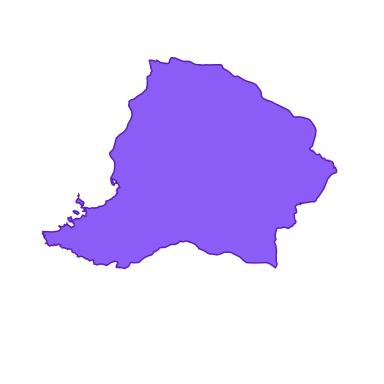 the district of Polewali Mandar, Sulawesi Barat, Indonesia, rotated 126°
{"feature_id": "22746128B50766380968306", "entity_name": "Polewali Mandar", "entity_type": "district", "adm_level": 2, "iso_a3": "IDN", "parent_name": "Indonesia", "parent_adm1": "Sulawesi Barat", "projection": "robinson", "projection_center": [119.26, -3.303], "detail": "fine", "context": "isolated", "style": "filled", "palette": "violet", "viewbox_px": 384, "rotation_deg": 126, "n_neighbors": 0, "source": "geoboundaries", "source_scale": "gbopen_adm2", "svg_char_len": 6021}
<svg xmlns="http://www.w3.org/2000/svg" viewBox="0 0 384 384"><g transform="rotate(126 192 192)"><path d="M110.7,303.9L113.1,300.9L116.2,297.8L117.2,295.9L117.8,295.5L119.4,295.6L121.7,294.5L123.3,294.9L124.4,295.8L125.2,295.8L126.1,295.5L128.3,293.4L132.2,290.8L136.0,289.1L137.5,289.7L141.7,290.2L146.6,292.4L150.7,293.4L153.9,295.8L155.9,296.1L156.4,295.4L159.4,294.0L161.9,288.6L164.5,286.2L166.4,285.0L170.3,284.1L174.5,283.7L178.7,282.2L180.7,282.2L183.5,282.4L187.8,284.0L192.8,284.9L203.0,281.0L204.7,280.9L208.4,281.5L209.4,281.0L211.3,278.6L212.1,274.5L213.8,271.5L218.4,268.5L221.3,267.0L228.6,265.8L231.4,263.1L232.4,261.8L232.7,260.1L232.4,259.0L231.1,259.3L230.2,262.4L229.4,262.6L228.3,264.1L227.6,263.1L227.8,259.3L228.2,258.5L228.1,257.7L229.1,259.2L229.7,259.0L228.9,257.2L229.1,255.9L229.9,254.5L230.7,254.0L230.7,253.6L231.0,253.9L231.8,253.5L231.9,253.9L232.4,254.3L233.9,254.4L234.8,253.5L235.3,253.5L235.1,253.1L235.6,252.6L236.8,252.2L236.5,251.8L236.6,251.4L237.6,252.0L239.9,251.6L242.9,252.8L244.5,252.9L246.1,253.9L247.5,254.3L250.0,256.2L250.4,255.6L251.7,255.0L253.7,255.1L255.3,255.7L257.0,257.1L258.3,258.7L260.2,259.3L262.1,261.2L263.4,263.4L265.7,265.2L266.5,268.2L267.6,269.7L268.3,270.0L268.8,270.1L269.3,269.3L269.2,268.8L269.5,268.6L268.9,268.3L269.4,268.2L268.9,267.9L269.3,267.8L269.0,267.5L269.3,267.2L270.1,267.6L269.8,267.7L269.9,268.0L270.5,267.7L271.7,269.0L271.8,268.6L270.6,267.4L269.9,266.0L270.2,265.5L272.4,264.7L273.2,263.8L274.0,263.5L274.7,264.5L274.5,265.8L275.1,266.9L278.0,266.6L278.9,266.9L280.3,267.8L280.4,268.2L281.6,269.3L281.2,269.8L281.8,270.4L284.7,271.7L285.3,271.3L285.7,271.4L286.0,270.6L287.0,270.3L286.8,269.4L286.1,269.3L286.5,269.2L288.1,267.6L289.4,267.2L289.8,267.4L290.0,268.0L291.8,268.3L291.5,269.4L291.6,273.9L291.1,274.6L292.5,274.1L293.1,274.9L293.0,275.5L293.2,276.0L294.3,275.9L295.1,275.2L296.9,277.4L297.7,280.2L298.1,277.7L297.9,277.3L298.8,276.5L300.4,276.4L302.3,277.3L306.2,281.2L311.6,289.3L312.1,288.5L313.2,288.8L313.6,288.5L313.2,287.8L313.3,287.4L314.1,287.2L314.5,286.4L313.6,285.3L314.4,284.8L315.3,285.1L315.8,284.9L316.1,282.3L317.1,280.5L317.8,280.0L319.5,280.1L318.6,278.9L319.2,277.9L319.4,275.5L318.2,274.9L316.7,272.7L315.2,272.3L315.4,271.2L314.5,270.2L312.9,269.6L312.6,269.2L312.7,268.1L312.1,267.6L312.0,267.0L313.1,266.7L313.5,263.9L312.5,263.4L312.2,262.9L312.0,261.4L311.4,260.1L311.6,258.8L311.0,258.7L310.3,258.1L309.4,256.1L309.5,254.9L310.8,254.1L310.8,253.6L310.8,252.3L310.0,251.5L309.9,250.9L310.3,249.7L310.0,248.6L310.3,247.6L311.4,247.1L311.3,245.7L309.4,244.0L308.6,242.4L308.5,238.4L308.3,237.9L307.6,237.8L307.4,237.5L307.5,236.4L308.0,235.9L307.7,235.3L307.9,234.4L306.8,233.5L305.4,232.9L305.1,231.9L305.2,231.3L306.6,230.6L306.9,229.6L307.8,229.0L307.8,228.4L307.1,227.6L306.8,226.0L306.2,225.9L303.4,222.9L302.0,219.5L301.8,218.4L301.3,217.7L296.2,215.9L295.3,215.0L292.9,213.2L292.6,211.7L293.2,209.8L295.5,210.1L297.1,209.3L297.4,208.6L297.2,208.1L296.3,207.9L295.9,207.0L296.1,206.4L295.5,205.8L295.1,205.9L294.8,205.4L295.0,205.0L293.6,202.8L293.8,201.8L289.7,199.6L284.9,200.3L283.4,197.4L280.5,193.9L278.9,193.2L276.9,193.0L273.3,191.9L270.5,190.6L266.4,187.6L262.8,187.4L259.2,185.5L256.3,185.4L253.8,182.9L253.4,182.1L252.6,181.2L246.9,178.2L244.1,174.6L242.5,173.9L242.0,173.3L238.8,172.9L238.6,171.9L237.6,170.1L234.9,167.7L234.3,166.5L234.1,164.5L233.6,163.8L232.9,161.4L232.4,158.0L233.1,156.0L232.9,154.7L233.9,153.1L232.4,148.1L232.2,142.8L231.3,140.4L230.2,139.2L228.3,135.0L227.3,134.0L223.6,131.4L221.8,130.7L218.1,125.5L216.4,114.8L217.1,110.9L217.1,106.4L213.0,100.2L205.4,90.3L204.3,87.5L204.2,80.1L202.9,80.1L200.1,80.9L198.5,83.3L195.3,85.3L194.2,86.6L192.7,87.2L189.2,89.6L185.9,92.9L184.0,96.1L180.9,96.2L179.3,98.5L177.3,99.8L171.7,102.0L170.5,101.1L169.1,99.2L165.9,96.3L165.4,94.1L164.8,92.7L164.2,92.2L163.0,92.2L162.0,91.7L161.0,90.7L158.4,90.7L156.5,90.0L155.1,90.4L154.6,90.8L154.1,92.5L150.2,96.2L149.3,96.2L147.9,95.5L146.5,95.7L144.4,98.0L143.9,99.4L143.1,99.9L140.3,99.5L139.0,98.1L138.6,97.0L138.3,96.9L137.2,98.0L136.6,97.3L136.7,96.6L129.0,88.9L128.4,87.5L127.4,87.0L126.0,86.7L124.0,87.2L120.4,86.9L112.0,87.3L101.4,89.9L96.5,89.6L94.6,88.9L92.0,87.0L90.6,86.9L89.2,88.0L88.7,89.3L87.8,90.4L88.2,91.0L89.1,91.3L89.2,91.7L88.0,91.9L87.0,93.6L85.8,94.3L85.1,96.4L85.9,98.9L86.6,99.3L86.2,100.2L86.9,100.7L86.9,101.6L87.5,101.8L87.6,103.4L86.9,104.4L88.2,106.4L86.4,111.1L86.7,111.5L88.3,112.4L88.6,113.4L88.6,114.3L88.0,115.9L87.8,118.0L87.5,118.7L88.3,119.1L88.1,119.8L88.4,120.3L88.3,122.0L87.2,122.5L86.4,122.0L84.0,121.7L73.1,125.6L71.0,127.1L70.1,127.3L68.8,128.5L66.8,131.6L64.9,137.1L64.5,138.9L64.6,141.0L66.5,146.0L68.1,149.3L71.0,152.9L71.2,155.1L69.1,161.2L69.3,163.3L71.9,177.8L72.0,180.1L73.7,185.2L74.5,189.5L74.0,191.9L70.9,194.4L69.7,196.4L67.9,202.3L67.6,204.1L68.4,207.9L70.3,213.4L70.9,216.7L71.3,222.3L71.6,223.3L73.6,225.5L73.8,226.8L73.1,232.2L73.1,235.5L73.8,239.1L72.0,242.4L72.2,243.7L79.4,253.2L80.6,255.1L82.8,257.6L86.9,264.4L87.9,271.0L89.1,272.2L89.2,273.2L90.4,273.9L90.8,275.1L91.7,276.5L93.7,284.9L94.8,285.6L94.8,286.6L95.4,287.5L96.8,287.8L98.6,287.4L100.4,286.6L101.8,286.6L102.9,288.1L105.7,293.1L106.0,297.8L106.4,298.1L107.7,297.9L108.0,298.2L107.9,298.7L108.8,301.4L109.8,303.2L110.7,303.9ZM267.4,272.0L266.4,272.3L266.0,272.9L264.4,273.0L263.8,273.9L264.1,275.2L264.0,278.5L264.4,280.3L264.8,280.5L267.8,280.2L268.6,279.2L268.4,278.6L266.8,276.8L267.5,275.2L267.6,273.6L268.0,273.2L267.9,272.7L267.4,272.0ZM287.8,273.5L287.3,272.2L286.1,272.0L285.4,273.3L284.2,273.6L284.0,274.5L283.3,275.3L285.4,276.2L285.9,277.1L287.1,275.9L287.8,273.5ZM275.8,270.9L275.2,272.0L275.2,273.7L275.9,274.8L276.3,276.1L277.4,276.7L277.7,276.3L277.8,274.9L278.1,274.7L277.6,273.7L277.5,271.6L275.8,270.9ZM261.9,281.6L262.4,280.9L260.9,281.6L260.6,282.1L261.5,281.7L262.0,282.1L262.2,281.9L261.9,281.6ZM269.7,272.0L269.3,271.4L269.0,271.4L269.3,272.6L269.6,272.6L269.7,272.0Z" fill="#8b5cf6" stroke="#5b21b6" stroke-width="1.5"/></g></svg>